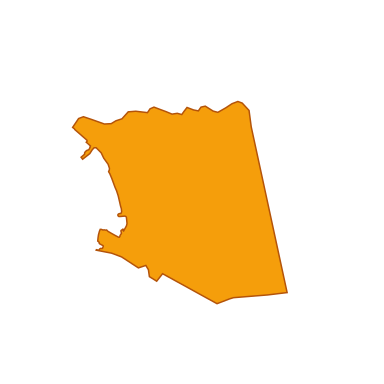 Municipality C, Montevideo, Uruguay (Robinson projection), rotated 34°
{"feature_id": "84410073B88392224216277", "entity_name": "Municipality C", "entity_type": "district", "adm_level": 2, "iso_a3": "URY", "parent_name": "Uruguay", "parent_adm1": "Montevideo", "projection": "robinson", "projection_center": [-56.204, -34.87], "detail": "fine", "context": "isolated", "style": "filled", "palette": "amber", "viewbox_px": 384, "rotation_deg": 34, "n_neighbors": 0, "source": "geoboundaries", "source_scale": "gbopen_adm2", "svg_char_len": 1897}
<svg xmlns="http://www.w3.org/2000/svg" viewBox="0 0 384 384"><g transform="rotate(34 192 192)"><path d="M56.9,205.2L57.7,205.3L58.5,205.3L59.1,205.4L60.0,205.8L75.8,207.8L76.6,208.4L76.5,209.9L82.1,210.6L82.3,211.9L82.6,212.0L82.8,214.6L81.4,216.6L81.0,218.6L81.1,219.6L81.8,220.8L80.6,225.2L83.0,226.0L85.8,217.3L85.7,212.8L86.1,210.1L87.8,208.9L94.8,210.3L99.9,213.3L106.9,215.9L110.3,218.5L111.3,220.3L111.3,221.5L112.2,222.2L113.3,222.6L117.9,225.6L125.5,231.1L128.8,233.2L132.9,236.4L137.1,240.3L140.6,243.6L142.8,245.4L144.7,247.7L145.1,249.5L144.0,250.4L143.4,251.2L143.2,252.0L143.6,252.8L144.3,253.2L145.1,253.2L145.9,252.7L149.7,249.6L150.8,249.3L151.3,249.4L151.8,249.7L153.8,252.1L155.7,254.4L156.2,255.6L156.6,256.9L157.1,262.5L156.5,262.4L156.2,262.1L155.8,262.1L155.6,261.5L155.4,261.6L155.6,262.2L155.1,262.5L154.9,263.0L154.7,263.6L154.9,264.0L155.2,264.4L156.0,265.1L156.6,265.7L156.7,268.4L157.1,269.3L157.1,270.1L156.6,270.5L155.1,270.7L152.4,271.0L147.5,271.4L144.1,271.6L142.5,271.2L141.8,271.9L140.5,272.4L139.4,273.3L137.7,273.7L136.8,274.3L137.2,276.3L138.4,279.8L139.7,282.5L141.3,285.4L142.6,285.5L143.4,285.8L143.5,286.2L144.3,286.6L147.4,286.3L148.3,286.2L148.9,286.8L149.1,287.8L149.3,288.8L148.9,289.3L148.0,289.6L147.6,290.2L147.3,291.0L147.4,292.3L145.0,293.3L145.1,293.8L159.5,287.7L169.9,285.2L190.0,284.9L194.8,278.7L199.3,280.8L204.0,286.0L212.6,285.7L213.3,276.2L275.2,270.6L282.9,259.6L285.5,256.4L312.2,235.1L327.1,222.2L204.7,104.9L193.7,92.5L183.9,90.2L179.4,91.3L175.8,96.4L172.9,103.4L168.9,111.5L164.3,113.1L155.0,113.4L152.0,116.6L151.9,121.2L147.4,123.1L140.6,124.7L140.3,129.5L140.2,133.5L135.8,135.0L131.9,138.6L125.5,139.9L118.5,141.6L113.0,142.9L110.7,146.5L110.7,151.1L100.2,156.5L94.3,161.2L93.0,170.5L89.1,175.5L86.8,180.5L81.4,184.6L68.6,187.9L59.9,190.3L56.9,194.5L56.9,205.2Z" fill="#f59e0b" stroke="#b45309" stroke-width="1.5"/></g></svg>